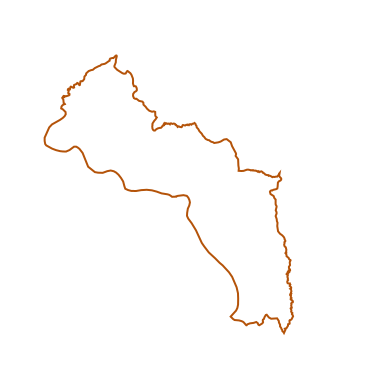 Guataquí, Cundinamarca, Colombia (Albers equal-area conic projection), rotated 310°
{"feature_id": "7082276B38387467100099", "entity_name": "Guataquí", "entity_type": "district", "adm_level": 2, "iso_a3": "COL", "parent_name": "Colombia", "parent_adm1": "Cundinamarca", "projection": "albers", "projection_center": [-74.774, 4.506], "detail": "fine", "context": "isolated", "style": "outline", "palette": "amber", "viewbox_px": 384, "rotation_deg": 310, "n_neighbors": 0, "source": "geoboundaries", "source_scale": "gbopen_adm2", "svg_char_len": 6028}
<svg xmlns="http://www.w3.org/2000/svg" viewBox="0 0 384 384"><g transform="rotate(310 192 192)"><path d="M247.3,45.9L244.1,45.7L243.4,44.8L241.6,43.6L240.7,43.7L239.7,44.5L239.0,44.2L235.1,43.2L234.0,42.7L231.5,40.7L229.6,40.4L228.4,39.6L224.4,37.9L221.9,37.5L220.5,36.4L218.2,35.1L214.8,34.7L213.6,35.5L211.3,35.4L209.1,36.9L206.6,36.9L206.0,36.4L205.7,35.8L204.9,35.5L201.9,37.3L201.6,37.2L201.5,36.7L202.0,34.6L201.8,34.0L200.3,34.0L198.2,32.9L197.2,33.4L196.3,34.5L195.8,34.3L195.5,34.0L194.9,31.5L194.2,31.4L192.2,32.5L192.0,32.2L192.1,31.5L191.9,31.1L191.0,30.9L190.3,31.3L190.3,32.5L188.3,33.5L188.1,33.9L188.4,35.0L187.7,35.7L186.9,35.6L184.4,34.0L183.1,31.9L182.6,31.9L182.3,32.8L181.7,32.1L180.9,32.0L180.4,32.6L180.3,33.8L177.6,36.6L177.8,37.6L177.6,38.1L176.4,37.3L174.8,37.0L173.6,37.1L171.9,38.1L172.3,39.8L172.0,43.7L170.4,45.3L168.2,45.7L165.6,45.4L162.3,44.5L153.8,41.3L149.7,41.1L138.9,44.2L136.4,46.3L134.4,48.7L134.0,50.4L135.3,57.0L136.7,61.0L138.5,64.7L140.1,67.1L142.0,69.5L145.4,71.2L150.9,72.5L152.3,74.2L152.6,75.7L152.7,78.0L151.6,83.1L144.6,96.2L144.8,104.8L146.4,107.6L149.3,111.3L153.5,113.7L156.2,115.9L157.6,118.7L158.1,121.3L158.0,124.6L157.1,128.7L155.8,132.5L152.9,136.6L151.6,138.8L152.4,141.8L153.8,144.8L156.8,148.5L160.8,151.9L164.6,155.9L167.5,160.2L169.6,164.7L171.4,169.6L174.4,174.6L175.1,176.1L175.4,177.7L175.5,179.8L178.2,182.8L178.4,182.6L179.9,183.6L184.1,187.5L185.7,190.5L185.3,192.8L184.2,195.1L182.7,197.1L179.9,198.6L176.6,199.5L172.9,201.7L170.5,203.5L169.2,206.2L167.9,211.7L165.2,219.7L159.3,232.2L158.2,236.2L156.5,243.7L156.1,252.3L155.5,258.6L155.5,262.6L154.3,271.9L152.8,277.3L147.7,287.4L144.0,292.3L140.0,295.9L135.3,299.7L132.3,301.3L129.5,302.0L121.4,301.7L121.1,305.1L121.3,306.9L123.8,310.5L124.8,312.6L125.3,314.1L125.4,315.3L124.8,319.2L125.0,319.5L126.3,319.5L128.7,320.9L131.3,323.3L133.7,324.8L133.8,326.7L133.2,327.7L133.0,328.3L133.2,329.2L136.1,330.2L137.5,330.3L138.0,330.1L138.8,329.0L139.8,328.4L140.8,328.7L142.8,328.0L145.2,327.6L146.0,328.1L145.3,331.6L145.8,334.1L149.9,338.4L149.0,341.4L147.9,342.5L146.9,344.8L145.6,345.9L145.2,347.6L144.4,349.0L144.3,349.9L143.5,350.7L143.5,352.0L143.1,353.1L146.6,352.1L147.0,351.0L148.4,351.9L151.2,351.5L152.5,350.6L153.3,351.2L153.9,351.4L156.2,349.3L156.8,349.3L157.3,349.8L158.4,350.1L161.8,349.3L162.5,348.0L162.6,347.1L162.9,346.8L163.8,346.7L164.0,344.9L165.3,344.2L166.2,342.4L166.6,342.3L167.5,342.8L168.7,341.0L169.7,340.6L170.3,339.7L171.2,339.5L172.2,340.1L172.6,340.0L173.2,339.4L173.2,338.1L173.5,337.6L173.1,336.8L173.3,336.4L173.8,336.2L174.6,336.4L174.9,336.2L175.0,335.2L176.4,334.3L176.1,333.5L176.6,333.0L177.2,332.9L177.7,333.4L178.1,333.4L178.7,332.3L179.8,332.0L181.0,330.5L181.0,329.5L182.0,329.8L182.5,329.5L182.8,328.8L182.8,327.2L183.4,326.9L184.2,326.9L184.4,326.1L184.8,325.8L183.8,324.5L183.7,324.1L183.8,323.4L184.8,322.4L186.3,322.2L186.6,321.5L187.6,320.9L188.3,319.6L189.6,319.1L189.9,317.2L190.6,317.2L191.3,318.1L191.7,317.8L192.0,316.8L192.5,316.7L192.8,316.9L193.2,318.0L193.4,318.0L193.6,316.7L194.0,316.4L194.4,316.5L194.6,317.3L195.0,317.5L195.6,316.9L196.0,315.2L197.0,314.3L199.0,314.1L200.8,312.2L201.5,311.8L202.9,311.5L203.2,311.0L202.9,310.3L203.0,309.5L203.6,308.5L203.6,305.7L204.4,305.0L205.0,303.9L205.8,303.5L205.5,302.8L206.7,302.6L208.5,301.3L209.9,299.4L209.9,297.9L210.8,296.5L212.1,295.9L213.0,295.0L213.9,295.2L214.5,295.0L214.9,294.4L215.1,293.6L215.9,292.7L216.5,291.3L216.8,289.0L216.6,286.2L217.2,283.2L220.7,279.2L223.4,277.3L224.3,275.7L225.7,274.3L227.3,271.6L227.9,271.3L229.8,270.7L230.9,269.7L231.8,267.9L235.1,266.3L235.7,265.5L236.0,264.5L236.5,263.8L240.0,260.9L240.2,259.2L241.4,257.1L240.9,253.5L242.2,251.6L242.8,251.4L243.7,251.5L244.5,252.0L244.6,252.4L246.0,252.9L248.2,254.6L249.5,255.1L251.2,254.1L254.4,251.8L255.4,251.7L256.4,251.8L257.6,252.4L258.7,252.4L259.4,252.0L259.8,251.3L260.0,249.5L260.5,248.3L262.9,246.9L262.0,246.9L261.4,247.3L258.6,247.4L257.7,246.4L256.5,245.5L255.8,244.4L255.0,244.0L254.9,242.7L254.4,240.8L253.7,240.4L253.9,239.4L253.3,238.8L252.5,237.0L252.7,235.4L252.3,233.9L252.6,233.4L252.6,232.8L252.3,231.7L251.5,231.4L251.2,230.9L250.5,230.7L250.7,229.7L249.9,229.5L250.0,228.7L249.6,228.3L249.5,227.4L249.1,227.0L249.0,226.5L248.2,225.8L248.0,224.7L247.4,224.5L247.2,223.8L246.4,223.3L246.3,222.6L245.2,220.6L244.5,219.8L241.3,217.9L239.8,216.3L238.2,214.1L240.2,212.7L242.0,210.6L246.7,206.3L247.7,202.2L249.4,201.4L250.0,200.5L252.9,193.2L255.0,189.7L254.8,184.6L254.4,184.2L252.8,182.8L249.0,181.5L246.9,180.2L243.8,177.5L243.7,176.3L242.9,174.5L242.7,173.4L242.7,171.9L242.0,170.7L241.5,168.6L241.5,168.0L242.0,166.1L242.1,164.2L242.9,162.1L243.3,158.7L244.3,156.2L244.4,155.0L244.6,154.0L245.6,152.8L245.7,151.9L246.4,150.9L246.5,149.5L245.2,149.2L244.5,148.4L243.2,148.3L242.9,147.1L242.6,146.8L241.2,146.7L241.1,145.5L240.2,145.3L240.1,144.7L239.8,144.4L238.5,144.0L237.5,142.0L237.0,141.9L235.5,142.4L234.8,142.2L234.0,140.7L233.8,139.6L232.6,139.2L233.1,138.0L232.9,137.3L233.2,136.7L232.8,136.2L233.2,135.3L232.8,134.1L231.5,133.2L231.2,131.9L230.8,131.5L230.5,131.3L229.6,131.6L229.4,130.1L229.1,129.8L228.6,129.6L228.0,127.8L227.1,128.1L226.7,127.8L226.9,126.6L225.5,126.8L225.5,127.5L225.2,127.7L223.4,126.9L222.6,127.1L221.6,127.0L221.1,126.9L220.3,126.0L218.9,125.0L217.2,124.3L215.2,124.1L214.6,123.3L214.6,122.1L215.2,120.9L216.9,119.2L218.0,118.7L218.5,118.0L219.3,117.7L222.5,117.3L224.2,117.4L226.5,117.1L226.5,115.7L226.9,114.8L229.7,112.3L229.2,110.9L227.8,109.8L226.8,107.1L226.9,104.0L227.5,101.7L227.7,98.8L228.2,98.1L229.0,97.6L229.4,96.0L227.8,92.9L227.7,89.5L226.9,88.7L226.6,87.1L227.7,85.1L229.3,83.9L231.6,83.7L233.1,84.3L234.3,84.4L235.4,83.6L236.3,82.4L236.8,81.0L236.3,80.1L235.7,79.5L235.8,79.2L237.2,77.0L239.3,75.4L241.0,73.7L242.9,70.2L243.4,68.4L243.3,64.9L242.7,64.6L240.1,65.0L238.9,63.9L238.3,62.4L237.5,56.1L237.9,52.4L238.5,51.6L242.3,50.3L244.4,48.7L247.5,47.2L248.0,46.6L247.9,46.2L247.3,45.9Z" fill="none" stroke="#b45309" stroke-width="2"/></g></svg>